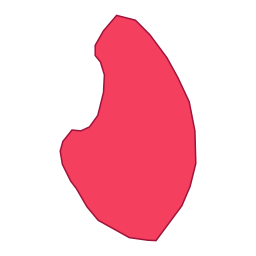 Lamotrek, Federated States of Micronesia (Albers equal-area conic projection)
{"feature_id": "79324940B52587082205524", "entity_name": "Lamotrek", "entity_type": "district", "adm_level": 2, "iso_a3": "FSM", "parent_name": "Federated States of Micronesia", "parent_adm1": "", "projection": "albers", "projection_center": [146.379, 7.457], "detail": "fine", "context": "isolated", "style": "filled", "palette": "rose", "viewbox_px": 256, "rotation_deg": 0, "n_neighbors": 0, "source": "geoboundaries", "source_scale": "gbopen_adm2", "svg_char_len": 478}
<svg xmlns="http://www.w3.org/2000/svg" viewBox="0 0 256 256"><path d="M95.2,45.3L95.2,55.5L100.5,62.1L104.4,74.9L103.5,92.5L97.8,115.4L89.5,126.9L80.8,130.9L72.0,130.0L62.9,141.4L60.2,151.1L62.4,164.4L70.7,181.1L76.4,188.6L86.9,206.7L98.3,220.4L129.3,237.6L147.7,240.2L156.0,240.6L181.8,205.8L190.1,186.4L195.8,163.5L194.9,130.9L189.2,101.8L177.8,77.5L166.9,57.7L149.9,34.8L135.4,20.2L116.6,15.4L103.5,30.8L95.2,45.3Z" fill="#f43f5e" stroke="#9f1239" stroke-width="1.5"/></svg>